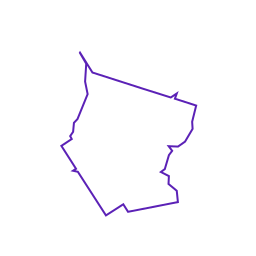 Crawford, Georgia, United States of America (Robinson projection), rotated 237°
{"feature_id": "52423323B69984552276574", "entity_name": "Crawford", "entity_type": "district", "adm_level": 2, "iso_a3": "USA", "parent_name": "United States of America", "parent_adm1": "Georgia", "projection": "robinson", "projection_center": [-83.966, 32.694], "detail": "fine", "context": "isolated", "style": "outline", "palette": "violet", "viewbox_px": 256, "rotation_deg": 237, "n_neighbors": 0, "source": "geoboundaries", "source_scale": "gbopen_adm2", "svg_char_len": 593}
<svg xmlns="http://www.w3.org/2000/svg" viewBox="0 0 256 256"><g transform="rotate(237 128 128)"><path d="M217.2,128.6L204.7,128.0L190.3,117.3L178.4,112.6L163.0,90.5L161.8,85.5L154.7,79.9L152.7,75.1L149.4,74.8L149.3,62.4L134.0,62.3L122.1,62.2L122.1,58.6L118.6,62.1L66.7,61.9L66.6,82.5L57.7,82.4L38.7,129.5L48.8,134.7L59.0,131.5L65.4,136.1L73.2,131.6L73.5,136.5L83.0,147.6L84.8,152.6L90.6,152.2L85.2,159.8L85.5,168.4L92.1,181.7L98.3,185.2L109.7,197.4L127.0,183.3L130.4,187.7L130.3,180.5L152.6,162.1L193.9,128.4L217.3,128.8L217.2,128.6Z" fill="none" stroke="#5b21b6" stroke-width="2"/></g></svg>